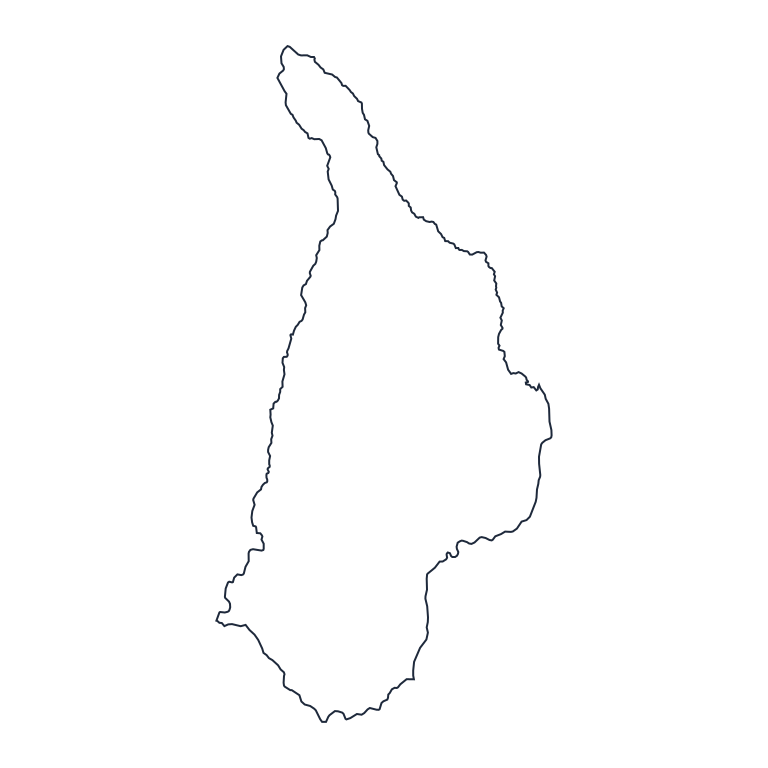 outline of Recetor, Casanare, Colombia
{"feature_id": "7082276B50018547886325", "entity_name": "Recetor", "entity_type": "district", "adm_level": 2, "iso_a3": "COL", "parent_name": "Colombia", "parent_adm1": "Casanare", "projection": "equal_earth", "projection_center": [-72.771, 5.277], "detail": "fine", "context": "isolated", "style": "outline", "palette": "slate", "viewbox_px": 768, "rotation_deg": 0, "n_neighbors": 0, "source": "geoboundaries", "source_scale": "gbopen_adm2", "svg_char_len": 6090}
<svg xmlns="http://www.w3.org/2000/svg" viewBox="0 0 768 768"><path d="M281.5,63.3L283.7,66.9L283.9,69.2L283.2,70.5L279.4,73.6L277.4,77.9L284.6,91.2L286.5,93.8L285.6,102.4L285.9,105.2L290.8,113.8L292.5,114.8L293.5,117.4L295.8,120.7L296.6,122.7L299.1,124.7L301.6,128.7L303.7,130.2L305.0,131.9L307.5,133.4L308.5,137.9L309.8,138.7L311.7,138.1L314.3,139.2L319.2,139.0L321.6,140.3L325.8,148.1L327.3,153.4L328.0,154.4L329.1,154.7L329.8,155.8L330.3,157.3L327.2,165.8L328.7,168.9L327.7,171.5L328.6,179.4L331.7,185.6L332.8,189.5L334.8,190.9L335.3,192.2L335.2,194.5L337.2,197.2L337.6,198.6L338.0,210.9L336.1,215.6L335.5,219.2L333.8,223.8L330.1,226.5L327.5,230.1L327.7,233.0L326.8,236.6L322.8,240.3L321.8,240.4L320.3,241.5L319.3,245.7L319.4,250.1L316.2,255.2L316.8,258.0L316.2,261.7L315.3,263.9L313.3,265.7L309.9,271.8L309.8,273.1L310.7,275.8L310.4,276.7L307.0,280.8L305.9,284.1L303.6,285.4L302.3,287.5L301.1,295.1L305.3,302.3L306.2,305.3L305.1,308.1L305.3,312.3L304.0,314.6L302.6,319.5L301.5,320.9L299.6,321.8L297.7,324.9L295.8,326.8L294.0,330.7L292.9,334.6L291.1,334.3L290.4,335.1L291.3,338.6L288.5,348.4L287.2,351.0L287.0,352.3L287.7,354.4L287.6,355.6L286.7,356.8L283.9,356.9L282.8,358.3L282.5,362.8L284.2,367.1L283.9,369.9L284.5,374.3L282.4,381.5L282.6,386.8L280.2,389.1L280.2,391.9L279.1,394.9L279.0,398.4L277.8,400.6L276.5,401.8L275.4,401.8L273.6,403.6L273.2,408.4L270.3,409.7L270.6,414.7L270.3,417.3L271.4,422.1L272.8,425.6L271.8,432.7L272.5,435.7L271.2,439.2L271.4,442.9L268.7,447.2L268.1,449.9L268.1,452.0L270.1,456.0L269.2,460.4L269.2,464.3L269.7,465.3L269.7,466.8L267.8,468.4L267.6,469.4L268.8,471.9L268.3,473.0L266.7,473.7L266.4,475.0L266.5,477.7L267.2,479.4L267.3,481.2L266.8,482.3L264.8,483.0L263.0,484.7L261.5,486.9L261.0,489.4L257.2,492.4L253.5,498.6L253.2,500.0L254.6,504.8L252.3,511.0L251.5,517.5L252.1,522.3L253.2,525.8L255.6,526.4L256.1,527.2L256.8,533.0L260.3,533.3L261.9,535.3L262.4,536.5L261.5,539.6L263.7,543.7L263.7,548.8L263.3,550.0L261.6,550.6L253.0,549.2L250.4,549.9L249.0,551.8L248.6,553.4L248.7,561.2L245.5,566.8L243.8,573.6L242.9,574.6L241.3,575.1L237.4,574.4L234.2,577.6L232.9,582.1L232.1,582.4L229.2,581.7L228.0,582.5L225.7,588.5L224.9,596.9L225.2,597.9L229.0,601.6L230.0,603.8L230.2,607.3L229.5,609.8L228.7,611.2L227.6,611.8L224.8,612.5L220.1,612.0L219.4,612.5L216.4,620.7L217.4,621.0L219.4,622.8L221.8,623.0L224.4,626.1L228.2,624.4L232.0,624.1L240.7,626.2L245.6,624.9L249.5,630.0L254.5,634.6L258.2,639.9L262.2,648.5L263.5,652.9L266.6,655.1L268.9,658.1L272.4,660.1L278.1,665.3L280.6,669.4L283.9,672.3L284.5,674.2L284.0,676.0L283.6,682.8L284.0,685.6L284.7,686.6L290.2,690.1L291.7,690.1L299.4,695.2L301.4,701.5L304.7,704.5L310.2,706.0L314.2,708.7L315.8,710.3L320.2,719.2L322.1,721.9L326.0,721.9L328.3,716.8L329.5,715.2L334.9,711.1L338.0,711.3L342.2,712.6L343.5,713.8L345.5,718.8L346.4,719.4L350.3,718.1L356.9,714.0L361.6,714.7L364.2,713.1L367.6,709.4L369.8,708.0L376.5,709.7L378.7,709.8L379.6,709.2L381.5,703.0L383.4,701.3L387.3,699.6L388.0,697.8L388.3,694.5L389.7,693.1L391.9,689.3L394.6,687.8L396.8,688.0L398.0,687.3L400.3,684.3L406.6,679.2L413.9,679.3L413.2,675.5L413.2,670.5L414.1,661.8L420.1,647.8L426.4,639.5L427.9,632.6L426.7,627.4L427.8,622.1L428.0,617.4L427.2,606.3L425.4,598.7L425.5,596.3L427.0,589.7L426.7,578.7L427.1,574.4L427.7,573.6L434.9,567.7L439.6,561.6L442.7,561.5L446.2,559.3L447.1,557.7L446.6,554.6L446.8,553.6L447.8,552.5L449.9,553.2L451.1,556.0L452.3,557.0L455.1,557.0L457.0,555.7L458.0,553.8L458.3,552.0L456.9,548.9L456.6,546.7L457.7,542.7L459.7,541.4L461.6,540.6L463.0,540.8L467.0,542.1L469.1,543.5L471.5,543.9L474.5,542.5L479.7,537.6L481.7,537.1L485.6,538.0L489.5,540.0L491.7,540.4L492.8,539.7L495.3,536.3L501.0,534.1L505.1,531.6L510.9,531.9L512.8,531.5L516.9,528.6L521.6,521.6L526.5,520.1L529.9,516.7L535.7,501.8L536.5,497.8L537.0,489.4L538.3,483.9L538.7,480.2L540.1,476.8L540.3,475.1L539.1,463.8L539.0,456.7L541.2,444.4L542.3,442.8L545.5,440.2L550.1,438.4L551.2,437.4L551.6,435.4L551.4,430.1L549.5,421.6L549.1,408.7L548.4,403.8L545.7,398.8L544.8,394.7L540.4,388.3L539.0,384.8L538.1,386.9L537.7,389.5L536.3,390.4L533.7,387.1L531.3,387.5L529.6,385.0L526.1,384.3L525.8,382.5L527.9,382.0L528.0,381.4L526.6,379.8L526.2,377.8L525.5,376.7L521.6,373.5L518.5,372.1L515.8,373.5L513.3,373.1L511.1,373.9L508.1,369.7L506.1,362.4L503.6,359.1L504.8,356.2L504.4,351.9L503.2,350.9L499.0,349.6L498.7,348.8L498.6,347.6L499.5,345.7L498.1,343.7L498.2,337.1L499.0,333.9L501.1,330.0L502.5,328.7L502.5,327.8L500.8,325.0L501.8,320.5L500.4,317.7L502.8,312.7L502.7,310.6L503.7,308.2L501.7,306.4L501.1,302.8L500.1,301.5L499.0,297.3L496.4,294.8L497.1,292.6L495.7,289.6L496.3,287.7L496.0,286.2L496.3,283.5L494.2,280.5L495.1,276.2L493.9,274.3L494.7,271.8L491.8,268.1L490.4,268.0L488.9,266.9L488.4,266.0L488.4,263.3L486.0,261.8L485.5,260.3L486.6,256.6L486.1,255.0L484.0,252.6L480.7,252.7L478.4,252.0L476.7,252.2L472.2,254.6L469.8,254.5L468.1,251.9L467.2,251.3L463.9,251.1L461.8,249.9L459.8,250.0L458.9,249.5L458.3,248.0L455.8,248.1L454.3,244.4L453.3,243.6L449.6,242.7L448.1,241.2L445.2,241.1L444.2,237.9L442.6,237.2L441.1,234.1L438.2,231.3L436.2,224.6L434.8,223.9L433.4,222.0L431.7,221.6L429.6,222.0L426.2,221.2L423.8,219.6L423.1,217.2L419.1,217.3L418.4,217.9L415.8,216.6L414.3,213.8L412.1,212.4L411.1,210.5L410.7,207.5L408.8,205.9L408.8,203.5L408.3,202.7L406.1,200.5L404.2,200.8L402.7,199.6L401.9,196.6L399.4,194.8L395.5,186.2L396.8,183.2L396.8,182.3L394.0,180.1L393.0,176.0L391.1,173.8L390.3,171.7L387.5,169.4L384.1,165.1L383.4,161.8L381.7,160.7L381.3,158.5L379.3,156.3L379.2,155.2L377.9,154.2L376.3,147.3L377.4,143.9L377.4,141.0L375.5,137.9L372.7,137.1L368.9,133.7L368.4,132.7L368.2,130.3L369.2,125.9L367.4,120.8L365.0,119.3L364.0,114.9L362.7,112.8L362.0,108.8L361.9,103.6L361.4,102.5L358.1,101.1L357.0,98.8L354.2,96.1L352.9,93.5L350.9,92.0L349.7,90.1L345.6,85.8L343.3,85.9L342.1,85.2L341.4,83.0L336.9,77.5L335.1,77.0L332.1,74.5L324.7,72.8L323.3,69.4L320.6,67.5L318.5,64.8L314.9,61.8L314.4,59.7L314.8,58.5L314.0,57.0L310.9,57.0L307.2,55.3L301.0,55.4L298.2,54.5L289.8,46.9L287.5,46.1L283.6,49.8L281.0,56.4L281.5,63.3Z" fill="none" stroke="#1e293b" stroke-width="2"/></svg>